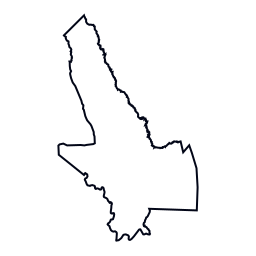 the district of Shibuyunji, Central, Zambia
{"feature_id": "96606910B97598096149790", "entity_name": "Shibuyunji", "entity_type": "district", "adm_level": 2, "iso_a3": "ZMB", "parent_name": "Zambia", "parent_adm1": "Central", "projection": "natural_earth1", "projection_center": [27.684, -15.332], "detail": "fine", "context": "isolated", "style": "outline", "palette": "ink", "viewbox_px": 256, "rotation_deg": 0, "n_neighbors": 0, "source": "geoboundaries", "source_scale": "gbopen_adm2", "svg_char_len": 5766}
<svg xmlns="http://www.w3.org/2000/svg" viewBox="0 0 256 256"><path d="M84.0,15.4L63.9,35.4L64.3,35.9L65.9,36.9L65.7,38.0L66.2,39.4L67.0,40.7L68.4,41.3L68.6,42.0L68.4,43.7L69.1,45.3L69.3,46.9L70.8,48.4L71.3,49.4L71.1,50.6L70.6,51.4L71.3,52.1L71.0,53.1L70.8,54.6L71.8,56.3L71.9,56.9L71.7,57.4L72.0,57.9L71.4,59.5L71.6,60.6L71.0,61.2L70.9,61.7L70.3,61.4L69.5,61.5L69.7,62.0L69.8,66.1L70.2,69.4L71.1,71.1L70.1,73.2L70.2,74.5L71.1,78.2L72.7,82.5L75.3,86.1L81.4,100.7L82.1,103.7L83.4,105.3L83.0,108.8L83.8,109.8L85.3,116.1L86.4,118.7L87.2,120.4L90.5,124.3L91.5,126.1L93.7,132.0L93.8,134.5L94.5,136.4L94.8,143.3L93.2,144.1L86.7,144.9L84.4,145.4L80.6,145.0L67.1,145.4L63.3,143.6L59.6,144.4L58.4,145.6L58.8,154.8L84.0,175.0L84.8,174.0L84.8,173.4L85.3,173.1L87.2,174.4L87.5,176.4L86.6,177.9L85.2,178.6L84.8,179.7L85.8,181.6L86.6,183.9L87.5,185.3L90.0,185.9L90.4,185.5L92.3,185.1L94.2,185.7L94.9,186.3L95.0,188.0L95.6,188.9L96.1,188.9L96.5,188.5L96.9,188.4L98.3,188.5L98.1,188.1L98.3,188.6L100.0,189.6L100.9,189.5L101.2,189.2L101.6,187.8L102.2,187.2L102.9,187.4L103.6,188.2L103.8,189.6L104.5,191.6L104.5,192.7L103.8,195.6L103.8,196.6L104.1,197.1L106.5,198.2L107.5,199.2L108.0,200.8L108.6,201.3L109.7,202.9L110.1,202.9L110.1,202.2L110.6,202.1L111.5,202.7L111.8,203.3L111.9,204.0L111.4,205.4L111.3,207.9L110.8,211.3L110.8,212.9L111.1,213.3L112.1,213.6L112.9,213.1L113.7,213.1L113.9,213.3L114.2,214.4L113.9,216.4L113.0,219.1L112.6,219.4L111.1,219.5L110.7,219.9L110.1,221.6L109.2,222.7L108.1,223.4L107.6,224.3L107.9,224.8L109.5,226.2L110.0,228.1L111.0,230.2L112.2,231.2L113.3,231.6L115.0,231.3L116.3,232.1L116.6,232.6L116.8,233.2L116.8,234.3L116.5,238.7L116.2,240.2L116.4,240.6L118.7,240.2L121.3,238.1L123.3,235.0L124.1,234.6L125.8,234.4L128.2,235.4L128.7,236.1L128.9,236.6L128.6,238.4L128.8,239.4L129.4,239.9L130.1,239.9L131.5,239.0L133.9,236.4L139.0,229.7L139.5,229.4L140.4,229.4L143.2,234.3L143.5,234.4L144.3,234.4L146.1,233.6L148.2,234.4L149.6,234.5L150.0,233.9L149.5,232.7L149.5,230.9L148.7,230.0L148.4,229.2L147.6,228.8L146.5,227.2L145.4,226.6L145.2,226.7L144.0,226.2L143.8,225.7L144.2,225.3L143.7,225.1L143.5,224.3L143.9,222.9L144.7,222.2L145.1,220.2L145.8,218.9L146.2,217.5L146.9,217.2L147.8,216.1L149.7,212.1L149.9,210.7L149.2,208.8L196.8,210.4L197.6,187.3L196.5,168.2L191.9,153.0L189.2,145.3L183.2,152.3L180.6,141.4L180.0,141.5L179.4,141.9L178.3,141.9L177.9,142.4L177.0,142.0L176.8,141.6L176.5,141.9L175.8,141.6L174.2,141.5L173.8,141.9L173.7,141.6L172.2,142.5L172.0,143.2L171.5,143.6L170.5,143.6L169.3,142.9L168.5,144.1L167.9,144.2L166.4,145.9L165.3,146.3L165.2,146.8L164.7,146.4L163.3,147.2L162.7,147.1L162.6,147.9L162.3,148.0L160.7,147.9L160.2,148.1L160.0,147.8L158.0,147.7L156.2,147.3L155.7,147.5L155.0,147.1L154.4,147.5L154.5,147.1L154.2,146.8L154.3,146.5L153.1,145.8L152.8,146.1L151.9,145.5L152.3,144.9L152.1,144.6L152.3,143.8L152.1,143.2L151.5,142.8L151.6,142.2L151.3,141.9L151.5,141.7L151.0,141.3L150.9,140.1L150.0,138.8L149.7,138.8L149.6,138.1L149.0,137.7L149.0,136.9L148.3,136.7L148.3,137.3L148.1,137.2L148.0,136.6L147.7,136.6L148.4,135.1L148.2,134.7L149.2,134.6L149.4,135.0L149.6,134.7L149.2,133.4L149.3,132.2L148.7,131.5L148.2,131.8L148.0,132.2L147.3,131.8L147.4,131.5L147.1,130.8L147.5,130.4L147.6,129.7L146.6,128.3L146.8,127.4L146.6,126.7L146.2,126.8L146.3,125.7L145.5,125.1L145.2,125.2L145.7,123.9L146.5,123.7L146.9,123.0L147.3,121.6L146.8,121.7L146.8,121.2L146.5,121.0L145.9,121.2L145.7,120.4L146.0,119.9L145.8,119.3L145.3,119.3L145.1,118.9L144.8,119.1L144.9,118.8L144.5,118.9L144.4,118.6L144.2,118.6L144.2,118.2L143.6,117.8L143.4,117.3L142.4,117.3L142.3,117.9L142.0,117.7L141.5,118.6L141.7,119.0L141.2,119.1L140.7,119.0L141.0,118.3L140.7,118.3L140.7,118.0L139.5,118.1L138.2,117.0L138.0,116.5L138.2,114.7L137.8,113.5L137.3,112.7L136.9,112.6L136.5,112.2L135.4,111.0L135.5,110.6L135.2,110.4L135.4,109.6L134.8,109.0L134.9,108.7L134.8,108.4L134.5,108.4L134.4,107.8L133.5,107.5L133.5,107.1L132.7,106.5L132.8,106.2L131.8,105.9L131.8,105.4L131.2,105.4L130.9,104.8L129.9,104.4L130.0,104.1L129.6,104.0L128.6,103.1L128.6,102.7L128.8,103.0L129.1,102.7L128.8,102.4L128.7,102.0L129.0,101.9L128.9,101.2L128.4,100.5L128.6,99.0L127.8,97.7L127.5,97.4L127.4,96.9L127.1,96.9L127.3,96.4L126.7,95.8L126.9,95.6L126.7,95.2L126.2,95.0L126.1,94.6L125.4,94.0L124.3,92.2L122.6,91.8L122.3,91.9L121.9,91.5L121.5,91.6L121.6,91.4L120.9,91.1L120.7,90.6L120.4,90.7L119.6,90.0L119.5,89.8L119.1,89.7L118.8,89.4L118.2,89.4L117.8,89.7L117.6,88.9L116.9,88.3L116.2,86.7L115.6,86.0L115.9,85.4L115.5,84.5L115.9,84.1L115.9,82.8L115.7,82.7L116.1,81.2L115.9,81.0L115.9,80.3L115.2,79.9L115.3,79.5L114.9,78.9L115.1,78.7L115.0,78.2L114.6,78.0L114.1,77.1L113.8,77.1L113.8,76.8L113.2,76.2L113.0,75.3L112.3,74.4L112.2,73.6L112.5,73.3L112.3,72.6L112.5,71.9L111.7,72.0L111.5,71.6L111.1,71.6L110.6,70.4L111.0,69.8L110.4,69.8L110.5,69.2L110.0,69.2L110.1,68.7L109.8,68.0L109.5,67.9L109.6,67.4L108.6,66.7L108.3,65.9L108.4,65.0L107.7,64.2L106.8,63.9L106.4,63.1L105.2,62.5L105.4,61.7L105.3,61.2L104.9,61.1L105.0,59.2L104.5,58.3L104.6,57.5L104.4,57.4L105.3,55.0L105.0,55.0L105.1,54.6L104.7,54.9L104.7,54.5L104.3,54.5L104.5,54.3L104.0,54.2L104.5,53.7L104.4,53.4L104.1,52.5L103.8,52.2L103.7,51.5L103.4,51.4L103.3,50.8L103.5,50.8L103.6,50.2L103.4,49.2L102.8,49.0L102.4,49.6L102.0,49.6L101.3,49.4L101.0,48.8L100.6,49.0L100.0,47.9L100.6,46.8L100.3,46.1L100.4,45.7L99.6,45.6L99.5,45.0L98.8,44.9L98.0,44.0L97.9,43.5L98.4,43.3L98.8,42.6L98.7,41.6L98.9,41.3L98.7,40.9L99.1,40.3L99.2,39.8L98.9,39.6L98.5,36.8L98.2,36.0L97.8,36.1L97.7,34.9L96.5,33.3L96.4,32.8L96.7,31.6L94.8,29.5L94.8,28.2L94.6,27.9L94.8,26.6L94.6,26.3L93.9,26.1L93.7,25.2L93.2,24.8L92.1,25.0L90.9,24.6L89.7,24.8L89.4,24.6L88.8,24.6L87.2,23.6L86.1,21.8L86.1,19.3L85.3,18.7L84.9,17.3L84.2,16.2L84.0,15.4Z" fill="none" stroke="#020617" stroke-width="2"/></svg>